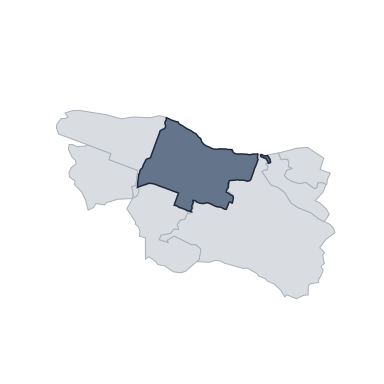 Angola highlighted, Equal Earth projection, rotated 110°
{"feature_id": "AGO", "entity_name": "Angola", "entity_type": "country or territory", "adm_level": 0, "iso_a3": "AGO", "parent_name": "Africa", "parent_adm1": "", "projection": "equal_earth", "projection_center": [17.424, -11.224], "detail": "fine", "context": "with_neighbors", "style": "filled", "palette": "slate", "viewbox_px": 384, "rotation_deg": 110, "n_neighbors": 6, "source": "natural_earth", "source_scale": "50m", "svg_char_len": 7573}
<svg xmlns="http://www.w3.org/2000/svg" viewBox="0 0 384 384"><g transform="rotate(110 192 192)"><path d="M246.3,118.1L247.8,137.1L247.1,141.7L248.4,146.9L252.2,151.9L255.6,163.1L253.0,162.2L242.4,164.7L240.4,170.4L241.8,174.3L239.6,193.6L245.9,198.7L247.7,197.0L248.1,206.6L243.1,206.5L238.1,197.9L233.1,196.6L231.7,192.0L227.7,194.8L222.4,193.6L220.3,189.6L213.0,189.0L212.7,186.2L207.4,185.5L198.9,187.4L199.3,176.9L197.1,173.6L196.6,168.1L197.6,162.8L196.3,159.3L196.2,153.7L188.2,153.8L188.8,150.6L185.4,150.6L185.0,152.2L180.9,152.5L178.3,159.9L174.6,158.7L168.1,160.6L164.1,153.1L160.5,141.2L141.0,141.0L134.1,143.1L133.1,140.4L134.8,139.4L136.1,133.3L138.5,131.4L140.2,132.3L142.5,128.9L146.1,129.0L146.5,131.5L149.0,133.1L158.4,120.3L158.2,112.9L161.0,104.3L168.4,95.4L169.2,92.5L170.5,86.1L170.9,73.2L174.2,62.8L175.2,51.2L177.8,46.7L181.3,43.8L191.0,50.1L200.8,52.8L203.6,46.7L206.7,47.6L214.0,43.1L216.6,45.0L218.8,44.8L219.7,42.6L222.2,41.8L231.4,43.0L233.6,42.0L237.7,49.4L240.6,50.5L249.1,47.7L250.7,51.5L256.6,57.4L256.2,67.8L258.9,69.0L254.2,74.6L250.3,83.4L249.9,90.6L248.4,94.0L248.3,100.7L246.4,103.2L244.6,114.1L246.3,118.1Z" fill="#d9dde1" stroke="#a8b0b8" stroke-width="1"/><path d="M244.6,283.4L235.4,289.7L229.5,296.1L225.2,305.0L221.8,305.6L219.8,312.3L215.8,314.3L210.6,313.9L205.0,310.5L201.9,312.5L200.3,316.5L194.1,322.8L189.6,323.7L188.2,320.7L188.8,315.6L185.1,307.5L183.4,306.2L183.6,281.3L189.9,281.0L190.3,250.3L205.2,246.9L207.6,250.5L211.8,247.1L218.6,245.8L224.2,259.3L231.3,268.8L234.0,269.7L235.7,278.2L240.6,279.5L244.6,283.4Z" fill="#d9dde1" stroke="#a8b0b8" stroke-width="1"/><path d="M183.6,281.3L183.2,337.3L177.6,341.6L174.3,342.2L167.6,340.0L166.5,336.4L164.0,334.2L161.1,338.3L156.4,332.0L153.9,325.9L148.6,298.5L147.5,283.6L141.6,272.9L136.7,257.1L131.4,248.7L130.9,242.0L137.9,238.8L142.1,239.1L146.0,243.1L173.2,242.1L177.7,246.2L193.4,247.5L210.6,241.9L214.8,242.4L217.4,244.4L207.6,250.5L205.2,246.9L190.3,250.3L189.9,281.0L183.6,281.3Z" fill="#d9dde1" stroke="#a8b0b8" stroke-width="1"/><path d="M174.6,57.4L174.2,62.8L170.9,73.2L170.5,86.1L169.2,92.5L168.4,95.4L161.0,104.3L158.2,112.9L158.4,120.3L149.0,133.1L146.5,131.5L146.1,129.0L142.5,128.9L140.2,132.3L136.0,128.3L131.3,133.7L125.9,124.2L130.9,119.3L128.4,113.4L130.7,111.2L135.1,110.1L135.7,106.1L139.2,110.4L145.0,110.8L147.1,106.6L147.9,100.6L147.2,93.7L144.0,88.4L146.9,78.0L145.3,76.3L140.3,77.0L138.5,72.4L139.0,68.5L147.3,68.8L158.0,73.3L158.4,68.5L161.9,60.2L165.9,55.4L174.6,57.4Z" fill="#d9dde1" stroke="#a8b0b8" stroke-width="1"/><path d="M127.0,68.5L134.2,69.1L138.1,68.0L139.0,68.5L138.5,72.4L140.3,77.0L145.3,76.3L146.9,78.0L144.0,88.4L147.2,93.7L147.9,100.6L147.1,106.6L145.0,110.8L139.2,110.4L135.7,106.1L135.1,110.1L130.7,111.2L128.4,113.4L130.9,119.3L125.9,124.2L114.6,107.9L110.6,98.6L115.2,79.7L127.1,79.3L127.0,68.5Z" fill="#d9dde1" stroke="#a8b0b8" stroke-width="1"/><path d="M253.0,162.2L268.8,171.0L271.8,174.9L273.4,182.4L270.8,192.0L271.9,199.3L269.7,202.4L267.6,210.6L271.0,212.8L251.0,220.1L251.5,226.3L246.5,227.5L242.7,231.0L241.9,234.0L239.5,234.7L230.1,247.5L218.6,245.8L214.8,242.4L210.6,241.9L205.3,243.9L196.8,231.3L197.3,203.4L210.9,203.5L210.4,200.5L211.4,197.2L210.3,193.0L211.1,188.7L210.4,186.0L212.7,186.2L213.0,189.0L220.3,189.6L222.4,193.6L227.7,194.8L231.7,192.0L233.1,196.6L238.1,197.9L243.1,206.5L248.1,206.6L247.7,197.0L245.9,198.7L239.6,193.6L241.8,174.3L240.4,170.4L242.4,164.7L244.1,163.7L253.0,162.2Z" fill="#d9dde1" stroke="#a8b0b8" stroke-width="1"/><path d="M210.8,185.5L210.9,186.7L211.0,188.3L211.1,189.4L211.2,189.9L211.3,190.2L211.1,190.5L211.0,191.2L210.9,191.8L210.8,192.3L210.8,193.0L210.8,194.2L210.7,195.4L210.6,196.5L210.9,198.6L210.8,199.2L210.5,200.3L210.3,201.1L210.1,202.0L210.1,202.5L210.6,203.9L210.6,204.2L210.2,204.3L209.8,204.3L208.5,204.3L206.5,204.3L204.6,204.3L202.6,204.3L200.8,204.3L199.1,204.3L197.6,204.3L197.6,205.7L197.6,208.5L197.6,211.3L197.5,214.1L197.5,217.0L197.5,219.8L197.5,222.6L197.5,225.4L197.4,228.2L197.4,230.2L197.8,232.9L198.5,235.8L198.8,236.1L199.5,236.7L200.5,237.7L201.0,238.6L202.2,240.0L203.7,241.9L205.1,243.5L206.4,244.9L204.3,245.4L201.5,246.2L199.5,246.7L197.2,247.2L195.6,247.6L193.6,248.1L193.3,248.1L192.8,247.7L191.7,247.7L190.3,248.1L189.3,248.2L188.5,248.0L187.7,247.7L187.0,247.1L185.7,246.9L183.9,247.0L182.1,246.9L180.4,246.6L179.2,246.4L178.5,246.5L177.7,246.4L176.9,246.0L176.2,245.5L175.3,244.3L174.7,243.2L174.3,242.9L174.1,242.8L172.2,242.8L170.4,242.8L169.4,242.8L167.0,242.8L164.5,242.8L162.0,242.8L159.5,242.8L157.0,242.8L154.6,242.8L152.1,242.7L149.6,242.7L148.3,242.7L147.0,242.8L145.7,242.9L145.2,242.7L144.2,241.9L143.6,241.4L142.7,240.6L142.2,239.7L141.7,239.4L140.9,239.3L140.2,239.1L139.7,239.1L138.8,239.5L138.2,239.9L137.7,240.3L136.9,240.8L136.2,241.2L134.9,241.2L134.7,241.2L134.0,241.2L133.3,240.8L132.7,240.8L132.0,241.3L130.9,241.5L131.1,238.2L131.4,236.8L131.4,235.0L131.2,230.5L131.0,229.9L130.9,229.2L131.5,228.6L131.8,228.2L132.3,227.4L132.6,226.4L132.9,224.0L134.2,218.7L134.8,213.4L135.6,210.9L135.9,208.1L138.1,204.5L138.7,202.3L139.9,201.2L141.5,200.1L142.7,198.0L143.3,196.6L143.9,193.8L143.9,190.9L144.3,187.1L144.2,186.0L143.6,184.5L143.4,183.4L142.9,182.3L142.2,181.5L141.9,180.1L140.9,177.8L140.6,176.2L140.0,175.2L139.9,173.8L139.7,172.4L139.1,171.0L138.6,169.3L138.6,168.8L138.9,168.2L139.2,168.0L139.1,168.3L138.9,168.7L139.0,169.0L141.0,166.1L141.1,165.6L141.0,165.0L141.0,164.2L141.1,163.3L139.2,158.1L137.7,153.2L137.4,150.7L135.4,147.5L134.6,145.4L134.1,143.9L133.8,143.4L133.9,143.1L134.4,143.0L135.6,142.7L137.2,142.3L138.6,141.4L139.0,141.0L139.8,141.0L140.5,141.2L140.8,141.0L141.0,141.0L142.8,141.0L143.6,141.0L145.0,141.0L145.9,141.0L146.4,141.1L147.8,141.3L149.5,141.3L150.1,141.2L152.3,141.1L154.6,141.1L156.6,141.0L158.8,141.0L160.5,141.1L161.2,141.4L161.9,141.9L162.2,142.5L162.4,142.7L162.6,143.3L163.0,143.7L163.1,144.4L163.0,145.3L163.1,146.4L163.3,147.8L163.7,149.1L164.4,150.6L164.8,151.7L164.7,152.5L164.9,153.4L165.4,154.4L165.8,154.9L166.0,155.3L166.6,156.7L167.7,159.0L168.5,160.7L168.8,160.9L169.2,160.8L170.1,160.7L171.0,160.6L171.6,161.0L171.9,160.9L172.8,160.3L173.8,160.0L174.8,159.8L175.3,159.5L175.9,159.5L177.5,160.0L177.8,160.1L179.1,160.1L180.4,159.7L180.6,157.4L180.6,157.0L181.0,156.1L181.4,155.3L181.4,154.6L181.4,153.6L181.7,152.4L182.6,151.5L184.0,151.0L184.8,150.9L186.1,150.7L188.0,150.4L188.7,150.4L188.8,150.6L188.3,152.2L188.3,152.8L188.5,153.3L188.8,153.6L190.8,153.7L192.7,153.7L194.8,153.8L196.4,153.9L196.6,153.9L196.7,154.1L196.9,154.9L196.9,156.5L196.5,158.8L196.7,161.0L197.3,163.1L197.3,166.2L197.1,168.1L196.8,170.4L196.7,173.1L197.0,174.2L197.6,175.4L198.5,176.6L199.2,178.1L199.7,180.1L199.9,181.3L199.7,181.8L199.7,182.7L199.9,183.9L199.7,184.7L199.2,185.1L199.0,185.7L199.3,186.7L199.3,187.7L199.5,188.1L199.7,188.4L199.9,188.4L200.4,188.0L201.0,187.4L201.5,187.1L202.2,187.2L203.2,187.3L204.9,187.4L205.4,187.3L207.0,186.4L207.5,186.4L208.1,186.4L209.0,186.7L209.9,186.8L210.3,186.5L210.4,186.1L210.5,185.7L210.8,185.5ZM139.0,130.1L138.9,130.2L138.2,130.6L137.4,131.0L136.4,132.5L135.8,133.1L135.7,133.3L135.2,133.7L134.9,134.0L135.1,134.3L135.4,134.7L135.3,137.1L135.2,139.5L134.5,139.8L133.6,140.0L133.3,140.1L133.2,139.9L132.9,139.0L133.1,138.1L133.3,137.5L133.1,136.2L132.6,135.1L132.2,133.7L132.0,133.4L132.4,132.9L133.0,131.9L133.2,131.4L133.9,131.3L134.2,130.9L134.4,130.3L134.4,129.9L135.2,129.7L136.1,129.2L136.6,128.6L137.2,128.3L137.5,128.3L138.3,129.3L138.8,129.9L139.0,130.1Z" fill="#64748b" stroke="#1e293b" stroke-width="1.5"/></g></svg>